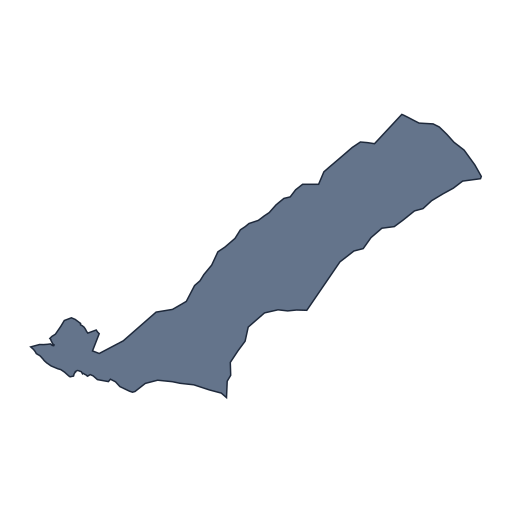 Adavi, Kogi, Nigeria
{"feature_id": "59680162B7261312330016", "entity_name": "Adavi", "entity_type": "district", "adm_level": 2, "iso_a3": "NGA", "parent_name": "Nigeria", "parent_adm1": "Kogi", "projection": "albers", "projection_center": [6.354, 7.693], "detail": "fine", "context": "isolated", "style": "filled", "palette": "slate", "viewbox_px": 512, "rotation_deg": 0, "n_neighbors": 0, "source": "geoboundaries", "source_scale": "gbopen_adm2", "svg_char_len": 2030}
<svg xmlns="http://www.w3.org/2000/svg" viewBox="0 0 512 512"><path d="M132.5,392.2L135.0,391.5L145.3,383.4L157.6,380.2L172.4,381.7L180.1,383.3L193.8,384.8L209.3,389.9L221.3,393.1L226.5,397.6L227.2,381.2L230.7,375.3L230.3,362.4L238.1,350.6L245.1,341.2L248.2,327.1L264.5,312.9L278.0,309.8L287.7,310.9L296.6,310.0L306.8,310.3L339.9,261.9L353.9,251.0L363.2,248.6L371.0,237.6L381.9,228.2L394.3,226.6L402.8,220.3L414.5,210.9L423.0,208.6L431.6,200.7L443.2,193.7L453.3,188.2L462.6,181.1L480.5,178.7L481.3,176.4L474.9,165.0L464.1,150.1L453.9,142.2L446.9,134.4L439.3,127.0L433.1,123.9L419.1,123.1L414.2,120.6L407.7,117.2L403.7,115.2L401.8,114.4L374.5,143.7L367.3,142.6L360.4,142.0L352.3,147.4L340.8,157.3L329.3,167.1L323.9,171.8L318.6,184.3L302.6,184.3L295.6,189.8L290.2,196.9L283.9,198.4L276.2,204.7L269.2,212.6L264.5,215.7L258.3,220.4L249.0,223.5L245.1,226.7L240.4,229.8L235.0,238.4L224.9,247.1L217.9,251.8L211.7,265.1L203.9,274.5L200.0,280.8L194.6,285.5L186.3,301.4L172.5,309.4L156.1,312.1L123.3,340.8L99.2,353.5L92.5,350.9L99.2,333.7L97.6,332.1L96.2,330.0L87.8,333.1L86.5,331.3L85.5,329.3L84.1,327.2L82.2,325.7L80.5,324.8L80.6,323.5L75.2,319.4L71.4,317.8L64.3,320.5L60.9,326.2L55.4,334.2L51.9,336.4L49.8,338.5L50.8,339.5L50.9,340.3L52.9,344.1L54.1,344.9L53.7,345.7L52.2,345.4L50.4,343.9L47.6,344.3L43.4,344.6L39.6,344.5L30.7,346.9L32.9,348.9L33.4,349.3L35.2,351.6L36.3,353.6L38.1,354.7L38.9,355.1L40.1,355.9L40.8,356.6L41.5,357.4L42.3,358.3L42.9,358.9L43.6,359.9L44.6,361.0L45.4,361.7L46.7,362.9L51.0,365.9L55.5,367.8L57.9,368.8L60.8,369.6L64.6,372.2L67.7,375.0L68.4,375.6L69.6,376.6L70.3,376.8L71.5,376.5L72.4,376.3L73.5,376.1L73.7,375.7L73.9,374.4L74.2,373.9L74.4,373.5L75.0,372.5L75.6,372.0L75.4,371.6L77.2,370.5L78.6,370.7L80.1,371.3L81.3,371.7L82.5,373.8L83.0,373.3L83.8,373.7L84.8,374.4L85.7,374.7L86.3,375.2L86.6,375.6L87.0,375.7L87.3,376.0L87.6,376.2L89.3,375.1L90.3,374.6L93.2,375.9L97.4,379.6L108.4,381.6L110.4,379.2L115.5,381.8L119.9,386.6L129.5,391.2L132.5,392.2Z" fill="#64748b" stroke="#1e293b" stroke-width="1.5"/></svg>